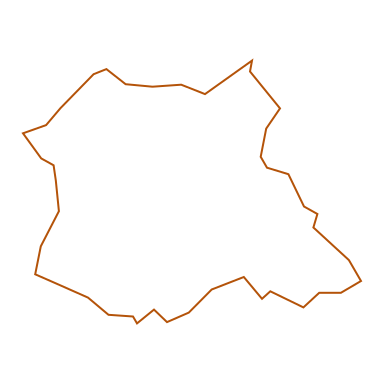 the district of Madison, Georgia, United States of America
{"feature_id": "52423323B87316912703602", "entity_name": "Madison", "entity_type": "district", "adm_level": 2, "iso_a3": "USA", "parent_name": "United States of America", "parent_adm1": "Georgia", "projection": "orthographic", "projection_center": [-83.203, 34.136], "detail": "fine", "context": "isolated", "style": "outline", "palette": "amber", "viewbox_px": 384, "rotation_deg": 0, "n_neighbors": 0, "source": "geoboundaries", "source_scale": "gbopen_adm2", "svg_char_len": 622}
<svg xmlns="http://www.w3.org/2000/svg" viewBox="0 0 384 384"><path d="M23.0,133.3L41.2,158.4L53.6,165.3L55.8,180.4L58.9,211.2L40.8,246.3L35.2,274.3L56.4,283.6L88.0,297.6L108.5,314.8L133.0,316.5L137.0,323.4L154.0,309.6L167.0,322.1L188.8,312.6L211.7,289.5L243.8,277.0L262.0,298.8L270.3,291.3L303.4,307.4L319.2,292.8L340.9,292.8L361.0,281.0L348.9,260.1L313.4,227.5L317.4,214.0L304.0,206.5L288.4,174.2L267.0,167.7L260.7,156.8L266.2,128.6L280.0,108.4L250.0,71.5L252.0,60.6L205.0,94.1L181.2,84.7L152.5,86.7L125.6,84.2L106.4,69.1L93.6,74.2L60.5,108.1L46.1,125.1L23.0,133.3Z" fill="none" stroke="#b45309" stroke-width="2"/></svg>